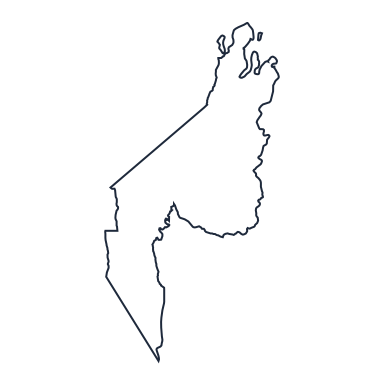 Viseu, Pará, Brazil (Robinson projection)
{"feature_id": "56859067B62077579865137", "entity_name": "Viseu", "entity_type": "district", "adm_level": 2, "iso_a3": "BRA", "parent_name": "Brazil", "parent_adm1": "Pará", "projection": "robinson", "projection_center": [-46.341, -1.561], "detail": "fine", "context": "isolated", "style": "outline", "palette": "slate", "viewbox_px": 384, "rotation_deg": 0, "n_neighbors": 0, "source": "geoboundaries", "source_scale": "gbopen_adm2", "svg_char_len": 5927}
<svg xmlns="http://www.w3.org/2000/svg" viewBox="0 0 384 384"><path d="M204.0,107.7L110.5,187.5L111.7,188.6L112.3,188.8L114.5,188.7L115.1,190.2L115.7,196.5L115.9,197.3L116.6,198.5L116.8,199.5L116.8,202.2L116.5,203.6L116.6,205.1L117.1,206.1L118.0,206.9L118.1,207.7L118.0,208.5L117.6,209.5L116.6,210.6L116.4,211.4L115.6,214.9L115.4,217.8L115.6,219.1L116.6,221.3L116.6,225.7L117.0,226.4L117.4,230.8L105.4,230.8L105.2,231.8L105.4,233.9L105.4,237.8L105.6,240.1L106.5,244.3L106.6,245.4L107.4,248.0L107.5,249.5L107.9,250.7L108.2,253.1L107.5,254.6L107.6,257.6L108.5,260.6L108.6,261.8L107.9,263.5L107.9,264.5L108.5,265.5L108.6,266.2L108.6,267.9L106.9,272.4L106.2,276.8L158.5,361.0L159.0,359.3L158.8,357.4L158.3,355.3L156.7,350.5L156.5,349.5L156.7,348.8L157.4,348.0L160.4,346.6L161.4,345.5L161.8,343.1L162.3,341.1L162.4,339.6L161.9,336.4L161.2,327.6L161.1,321.8L161.4,317.6L162.4,310.3L164.0,303.4L164.2,301.8L164.2,289.4L164.1,287.7L161.0,285.5L160.9,284.7L159.7,283.8L159.5,282.9L158.9,281.9L158.2,281.1L157.5,276.4L158.0,275.4L157.8,274.1L158.5,271.8L157.5,269.3L156.5,266.3L156.3,265.0L156.4,264.1L155.8,262.3L155.4,259.4L155.5,258.6L155.4,257.5L154.9,256.7L154.3,254.9L154.2,253.8L153.5,251.6L153.1,251.0L153.2,250.1L153.0,249.3L153.1,247.3L152.8,246.3L152.8,245.5L152.4,244.6L153.7,242.4L154.0,241.1L154.5,240.6L155.7,240.1L156.4,237.9L157.3,237.7L158.5,239.8L159.6,239.9L161.2,239.6L162.4,236.1L162.4,234.1L161.4,232.7L160.2,231.6L159.1,229.7L159.5,228.3L160.5,228.2L161.2,229.3L162.6,229.5L163.7,228.7L165.1,227.1L166.1,227.4L167.4,226.8L168.7,226.0L169.3,225.0L168.8,224.4L167.8,224.4L167.0,224.1L165.4,222.6L165.1,220.9L165.4,219.4L166.0,218.6L167.0,219.0L167.1,219.9L167.9,219.7L169.0,220.8L169.1,216.8L168.3,216.4L168.0,215.3L169.3,213.8L169.8,212.7L170.1,211.5L170.8,211.4L172.1,210.1L171.3,209.6L171.4,208.0L171.2,207.0L173.3,206.0L174.0,204.8L174.0,204.0L175.0,205.5L176.3,209.4L177.8,212.2L177.9,214.0L179.5,217.2L180.2,217.8L183.6,218.9L184.9,219.4L188.4,221.5L192.7,226.7L193.3,227.1L194.2,227.4L195.7,227.3L199.1,226.3L201.1,227.5L202.0,228.8L203.8,228.8L204.6,229.7L204.9,230.8L206.1,232.0L210.8,233.5L212.0,233.4L213.5,234.0L214.5,234.0L215.2,234.1L216.4,234.9L217.2,235.2L218.2,235.3L220.5,236.6L222.8,237.2L223.5,235.2L224.3,234.4L225.6,233.8L227.6,233.4L229.4,234.0L232.6,234.5L233.7,234.9L234.6,234.4L235.1,233.8L236.0,233.5L236.9,232.5L237.8,231.9L238.6,232.0L239.6,232.4L241.4,234.0L242.7,234.6L243.6,234.5L244.8,234.0L245.8,233.5L246.9,231.8L247.2,231.1L247.0,229.0L247.7,228.0L248.5,228.4L249.8,228.6L251.4,227.8L254.0,226.8L254.6,226.3L255.2,224.8L257.2,223.0L258.1,220.6L257.7,217.6L256.6,216.3L256.2,215.2L256.3,213.3L255.8,210.3L256.1,208.4L256.8,207.4L258.2,206.5L259.4,205.5L259.9,204.3L259.9,203.3L259.3,202.4L258.4,201.6L258.2,200.5L258.9,199.7L259.6,199.6L260.5,199.1L261.0,198.2L261.7,197.7L262.4,197.6L262.9,197.2L262.9,196.4L262.4,195.0L262.3,194.2L262.5,193.2L262.5,192.4L262.0,191.3L260.9,186.8L260.9,182.8L260.6,181.2L260.0,180.1L258.5,178.2L256.7,176.7L256.0,175.7L256.1,174.5L255.9,173.4L254.6,172.2L253.5,170.7L254.0,169.8L255.2,169.1L256.4,167.5L260.7,164.2L261.5,162.7L262.0,161.0L261.4,159.9L259.6,159.0L258.5,158.1L258.3,157.4L258.9,156.5L260.1,155.9L261.1,154.8L262.6,150.4L263.1,147.5L263.6,145.9L266.1,144.5L266.8,143.5L267.1,139.7L269.0,137.3L269.5,136.1L268.9,135.2L268.1,134.9L264.8,135.6L263.9,135.3L263.5,134.6L263.4,133.4L264.0,131.2L263.9,129.9L263.0,129.2L259.9,129.1L259.2,128.3L256.7,122.2L257.3,120.4L259.3,117.4L260.8,115.4L261.5,113.7L261.1,112.6L259.8,111.1L259.1,109.9L259.4,108.3L261.2,105.9L263.0,104.4L269.4,102.3L270.7,100.8L273.1,91.3L273.2,85.4L274.3,83.4L274.7,82.3L275.6,80.7L278.3,78.2L278.8,77.0L278.6,75.8L277.8,73.3L277.3,72.8L275.4,69.4L274.3,68.0L274.5,67.3L274.4,66.6L273.5,66.6L272.7,67.0L271.9,66.7L271.7,66.0L271.8,65.2L272.5,64.3L273.4,63.8L276.0,63.5L276.5,62.9L277.0,61.1L276.7,60.1L275.5,58.3L274.6,57.5L273.1,56.7L272.3,56.7L271.4,57.1L270.5,57.8L269.3,59.6L268.6,60.1L268.0,60.9L268.2,61.7L267.4,61.3L266.7,61.3L265.1,62.0L261.4,66.1L259.6,69.7L259.2,71.8L259.2,72.9L258.8,73.8L258.1,74.2L257.2,74.2L256.1,74.0L255.1,73.6L254.6,72.8L254.8,70.3L255.1,69.6L255.7,68.8L256.4,68.3L258.0,67.5L258.4,66.9L259.1,64.8L259.0,63.9L259.2,62.2L259.0,61.3L258.5,60.3L257.8,59.7L257.9,58.6L257.7,57.3L257.9,56.6L257.1,53.3L255.7,52.0L254.2,51.6L253.5,51.9L252.9,52.6L251.9,55.0L251.3,57.7L251.2,60.1L251.8,65.0L251.5,67.1L250.8,69.8L250.3,70.8L249.7,71.7L246.7,74.0L244.7,76.3L244.1,76.7L241.8,77.8L240.3,77.6L239.5,76.8L240.1,75.5L241.2,73.9L244.2,70.3L246.4,68.6L247.0,67.4L247.2,65.0L246.6,61.1L246.1,60.2L244.9,58.5L244.2,54.0L244.3,49.9L244.2,49.2L243.6,49.0L243.5,48.1L245.1,46.9L247.7,43.9L249.9,40.8L250.5,38.9L251.1,39.1L251.8,39.7L252.7,39.8L253.2,39.3L253.5,38.4L253.6,37.1L253.2,32.8L252.8,30.3L252.4,29.4L250.9,27.4L249.6,26.0L248.1,23.6L247.5,23.0L246.8,23.1L243.9,24.8L238.4,27.2L235.7,28.7L234.1,30.0L233.7,30.8L232.6,34.8L232.5,35.6L232.6,37.5L233.4,39.8L233.5,41.9L233.4,42.8L232.8,44.0L232.2,45.0L228.9,47.2L228.4,48.4L228.5,49.7L228.8,50.4L228.7,51.9L226.9,53.1L225.9,53.2L225.3,53.6L224.4,54.8L224.2,55.7L223.5,56.4L222.7,56.5L222.1,57.3L221.2,58.0L218.3,58.0L218.3,58.9L218.8,60.4L218.9,63.1L218.7,64.4L218.4,65.3L215.9,69.9L215.9,71.8L215.7,73.4L215.8,75.2L216.7,77.6L216.1,79.0L215.9,80.4L214.8,84.1L214.4,84.6L214.6,85.5L214.1,86.3L213.3,86.8L212.8,88.6L212.7,90.2L212.1,90.8L210.4,91.7L209.6,93.4L208.3,97.0L207.7,98.1L207.7,98.9L207.1,100.5L207.2,102.1L206.7,104.0L207.2,104.7L204.0,107.7ZM224.2,52.5L224.9,51.2L224.7,49.0L223.6,45.9L223.2,44.3L223.1,42.6L223.4,40.8L224.6,37.8L224.6,36.9L224.1,36.3L222.6,35.5L221.5,35.8L220.7,36.6L218.4,39.6L217.7,40.7L217.4,41.7L218.1,42.3L219.9,44.8L219.2,47.6L219.3,48.5L220.7,50.1L222.6,53.1L223.5,53.4L224.2,52.5ZM259.4,40.3L260.0,39.7L260.5,38.8L261.2,35.4L262.0,33.3L260.2,32.7L258.8,33.2L258.5,34.2L258.0,39.9L258.6,40.3L259.4,40.3Z" fill="none" stroke="#1e293b" stroke-width="2"/></svg>